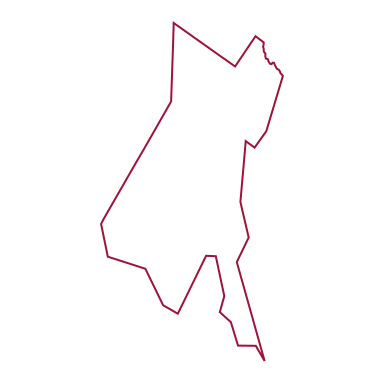 Nazaré do Piauí, Piauí, Brazil (Natural Earth projection)
{"feature_id": "56859067B23275533922322", "entity_name": "Nazaré do Piauí", "entity_type": "district", "adm_level": 2, "iso_a3": "BRA", "parent_name": "Brazil", "parent_adm1": "Piauí", "projection": "natural_earth1", "projection_center": [-42.675, -7.077], "detail": "fine", "context": "isolated", "style": "outline", "palette": "rose", "viewbox_px": 384, "rotation_deg": 0, "n_neighbors": 0, "source": "geoboundaries", "source_scale": "gbopen_adm2", "svg_char_len": 782}
<svg xmlns="http://www.w3.org/2000/svg" viewBox="0 0 384 384"><path d="M255.5,36.2L235.1,66.5L224.3,58.8L221.5,56.9L173.7,23.0L173.2,40.5L171.1,101.5L144.5,148.1L135.5,163.5L134.3,165.6L103.3,219.6L101.1,224.0L107.8,256.7L145.4,268.8L163.1,305.2L177.8,313.7L181.7,305.8L206.1,255.8L215.8,256.2L224.3,296.1L219.8,312.1L230.9,322.2L238.0,345.6L255.8,345.8L264.6,361.0L236.8,262.1L241.1,253.2L248.7,237.5L242.2,209.8L240.4,201.8L244.6,154.4L245.7,141.1L254.6,147.6L266.3,131.2L282.9,75.9L281.7,74.4L280.5,73.3L279.9,71.4L278.7,69.7L276.8,68.8L274.8,64.8L274.0,62.8L272.6,62.7L271.6,64.1L270.2,63.9L268.7,61.9L267.9,59.2L265.8,58.5L265.3,56.1L265.4,53.5L264.1,52.1L263.7,50.6L263.7,48.7L263.1,46.7L263.6,44.8L263.7,42.4L255.5,36.2Z" fill="none" stroke="#9f1239" stroke-width="2"/></svg>